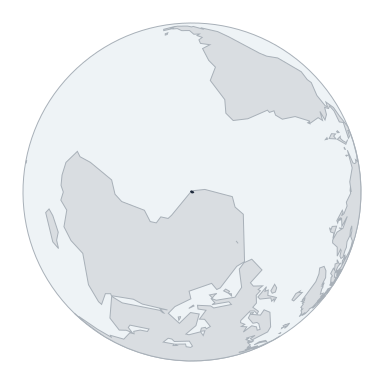 Maryland on an orthographic globe, rotated 140°
{"feature_id": "LBR-781", "entity_name": "Maryland", "entity_type": "County", "adm_level": 1, "iso_a3": "LBR", "parent_name": "Liberia", "parent_adm1": "", "projection": "orthographic", "projection_center": [-7.792, 4.73], "detail": "fine", "context": "on_globe", "style": "filled", "palette": "slate", "viewbox_px": 384, "rotation_deg": 140, "n_neighbors": 0, "source": "natural_earth", "source_scale": "10m", "svg_char_len": 8520}
<svg xmlns="http://www.w3.org/2000/svg" viewBox="0 0 384 384"><g transform="rotate(140 192 192)"><circle cx="192" cy="192" r="169" fill="#eef3f6" stroke="#a8b0b8"/><path d="M128.6,35.4L128.2,35.5L131.5,34.3L127.9,35.9L130.3,35.3L126.8,36.8L131.8,35.0L134.5,33.8L137.6,32.7L139.2,32.4L135.1,34.1L133.6,34.5L133.3,34.9L130.5,36.0L132.8,35.3L127.6,37.8L135.2,34.9L133.1,36.6L129.0,38.4L126.3,38.7L110.0,45.3L105.0,48.1L100.6,51.4L99.0,55.9L94.7,59.3L91.3,63.4L95.0,61.1L99.0,57.1L105.2,54.3L109.4,50.3L112.5,48.8L118.1,45.1L120.6,45.3L119.9,47.8L115.4,51.2L115.0,52.6L122.0,49.5L116.2,56.4L117.0,62.6L115.1,64.8L106.6,68.0L99.7,67.2L88.7,73.5L99.2,69.4L94.3,75.7L95.0,76.9L97.2,76.8L100.3,74.6L99.4,77.0L88.6,81.4L89.3,79.3L92.7,77.7L89.5,77.7L82.2,81.6L80.3,85.0L71.3,89.0L69.9,91.6L67.1,94.3L70.0,89.6L64.6,98.4L53.8,107.5L46.1,124.1L50.0,110.9L49.1,109.2L47.4,109.1L46.0,111.7L45.6,109.4L42.0,114.7L35.8,127.7L32.2,138.1L33.1,139.0L35.6,133.4L37.6,132.6L31.4,148.0L34.1,151.0L31.1,162.9L31.3,169.4L33.8,168.2L36.0,171.6L39.2,164.9L43.8,161.7L42.2,171.5L46.0,162.9L47.6,167.9L57.5,168.7L56.4,170.9L64.5,183.5L76.0,189.7L78.6,197.2L77.0,201.5L81.5,203.2L81.6,206.2L102.1,212.2L114.5,220.3L115.4,230.6L107.5,241.7L106.3,265.7L93.8,272.6L94.6,282.0L91.7,295.1L83.6,293.3L90.0,300.4L88.9,304.1L84.8,303.9L87.6,308.6L84.8,308.3L89.2,311.7L90.1,317.2L96.2,322.3L98.2,326.6L102.3,329.5L101.0,329.3L101.1,330.1L103.0,331.6L96.7,328.5L88.7,321.9L86.3,318.8L84.6,318.0L79.0,309.9L79.1,311.4L69.2,298.3L64.2,287.5L51.1,255.0L47.5,248.1L40.2,239.6L31.0,213.9L31.5,204.1L30.3,199.1L34.3,185.6L34.5,172.3L33.5,170.2L31.6,174.9L29.3,165.8L30.2,155.7L30.6,142.1L34.7,130.3L39.7,118.9L45.5,107.9L52.1,97.3L59.5,87.2L67.6,77.7L76.3,68.8L85.7,60.6L95.7,53.1L106.2,46.4L117.2,40.5L128.6,35.4ZM43.5,129.7L46.8,138.9L42.7,139.3L43.9,137.9L43.5,134.3L42.1,130.7L39.1,132.1L43.5,129.7ZM50.0,120.9L49.2,120.1L50.3,120.2L50.0,120.9ZM116.4,45.3L117.2,45.2L115.7,45.9L116.4,45.3ZM118.0,43.8L115.7,44.8L116.1,44.2L117.5,43.7L118.0,43.8ZM120.7,42.9L117.2,43.2L118.0,42.4L124.1,39.7L120.7,42.9ZM134.6,33.6L131.8,34.9L132.6,34.2L134.6,33.6ZM145.1,29.7L143.6,30.1L139.7,31.4L144.0,30.1L134.4,33.5L132.9,33.7L145.1,29.7ZM138.8,32.3L138.0,32.3L142.3,30.8L144.7,30.4L142.6,31.0L138.8,32.3ZM142.5,31.1L145.9,30.2L145.4,30.7L140.0,32.1L142.5,31.1ZM142.4,30.6L144.5,30.0L144.1,30.2L142.4,30.6ZM145.6,32.6L144.5,32.4L146.6,31.5L145.6,32.6ZM147.2,29.9L147.4,29.7L148.1,29.5L150.2,29.0L147.2,29.9ZM152.7,27.7L154.3,27.3L150.4,28.3L153.3,27.6L154.2,27.4L150.0,28.5L149.2,28.6L150.0,28.4L151.1,28.1L152.7,27.7ZM154.5,27.9L150.5,29.4L152.1,29.8L150.2,30.5L148.0,29.8L154.5,27.9ZM152.2,28.1L153.2,28.1L150.4,28.8L148.0,29.3L152.2,28.1ZM156.8,26.8L157.7,26.6L156.2,26.9L156.8,26.8ZM155.5,27.8L156.4,27.5L155.9,27.7L155.5,27.8ZM157.6,26.7L156.3,26.9L157.4,26.7L157.6,26.7ZM159.4,26.7L158.1,27.2L156.4,27.4L159.4,26.7ZM159.0,26.6L160.9,26.2L156.6,27.3L158.3,26.7L159.0,26.6ZM158.9,26.4L159.2,26.3L159.3,26.4L158.9,26.4ZM166.4,25.8L161.4,27.1L157.7,27.5L163.1,26.1L166.4,25.8ZM109.1,334.8L98.1,329.5L103.4,332.0L102.5,330.0L109.9,333.8L109.1,334.8ZM108.2,329.5L109.8,328.6L111.6,329.4L110.8,330.4L108.2,329.5ZM351.8,137.0L354.4,146.3L358.1,162.3L358.8,169.8L352.6,147.6L347.2,132.8L346.6,134.6L338.8,123.1L330.1,124.1L327.5,120.6L326.2,122.7L320.5,119.6L315.8,113.8L313.0,114.7L325.1,129.9L327.9,129.2L328.2,122.6L331.2,128.3L336.5,133.0L335.9,148.2L320.6,163.7L316.7,151.9L292.6,121.9L292.0,118.4L291.8,118.0L291.3,117.3L291.6,123.1L286.6,117.4L302.1,138.1L305.8,147.5L320.4,164.4L319.7,166.4L323.7,169.8L333.5,164.0L334.1,168.0L330.9,187.5L315.1,215.2L315.9,232.6L312.4,247.7L299.6,258.6L297.7,270.1L290.6,274.7L288.1,281.2L280.7,288.5L269.5,295.7L253.7,296.8L255.1,291.0L250.8,280.1L245.8,252.9L252.4,239.8L252.0,229.9L240.2,208.6L243.0,196.2L239.2,191.3L231.9,193.0L227.3,187.1L222.6,187.3L191.5,193.1L180.5,185.7L164.1,162.5L168.7,152.8L167.0,142.0L196.5,104.9L205.5,106.3L231.9,100.4L235.7,101.4L235.7,109.4L258.0,117.9L261.5,110.9L278.7,115.2L288.1,114.3L286.1,99.5L270.6,100.6L264.9,93.9L274.9,87.1L288.0,87.1L286.1,84.6L275.3,79.4L275.7,74.8L271.3,77.4L275.0,79.8L272.3,81.7L268.7,79.7L269.0,78.0L264.4,77.2L264.2,86.4L268.0,89.8L257.3,92.4L262.6,98.5L260.6,101.7L250.9,92.7L249.9,89.2L234.1,80.5L234.3,84.2L249.1,92.9L245.7,92.4L245.9,98.4L243.0,93.5L226.7,83.8L215.3,87.0L205.3,102.6L197.8,104.4L189.4,102.1L188.5,87.3L205.6,84.9L205.5,80.5L198.2,74.7L204.0,74.8L203.1,72.4L209.2,71.6L214.0,65.5L219.5,64.6L217.8,57.9L220.4,56.7L220.7,60.8L223.9,63.5L237.3,62.2L238.8,60.7L236.6,56.7L240.6,57.2L236.7,53.5L242.7,51.7L232.2,51.1L229.3,47.2L230.9,44.2L228.1,43.0L225.5,48.1L226.1,50.3L229.7,52.3L229.8,59.3L226.0,60.9L218.7,53.7L212.5,55.4L209.6,49.8L218.4,38.2L224.0,36.2L240.8,40.0L241.6,42.1L235.9,41.6L244.5,45.2L242.2,43.4L245.5,44.1L243.6,41.2L245.8,41.6L240.1,38.4L242.7,38.6L246.2,40.6L245.6,37.3L249.9,37.5L248.6,36.7L246.1,35.7L253.2,37.0L252.0,36.4L249.2,35.6L244.9,34.0L240.2,31.8L242.9,32.4L245.0,33.2L253.5,36.2L258.6,38.9L259.3,38.9L255.4,36.8L245.1,33.1L241.4,31.7L246.3,33.1L244.2,32.4L243.3,32.0L244.9,32.1L239.5,30.5L225.3,26.4L237.6,29.3L249.5,33.1L261.2,37.8L272.4,43.4L283.2,49.8L293.5,57.0L303.3,64.9L312.4,73.5L320.9,82.7L328.6,92.6L335.6,103.0L341.9,114.0L347.2,125.3L351.8,137.0ZM189.7,123.0L189.7,126.2L189.7,123.0ZM304.3,95.3L310.5,95.5L303.4,87.0L305.2,86.5L302.1,84.0L302.9,86.4L294.7,79.7L295.9,77.2L292.9,73.8L290.7,73.6L289.9,79.5L301.6,88.8L302.0,92.4L304.3,95.3ZM57.9,168.6L58.9,170.7L57.2,170.5L57.9,168.6ZM41.0,143.1L42.2,143.6L42.5,145.2L41.3,145.5L41.0,143.1ZM54.2,145.3L56.2,146.4L53.7,146.9L54.2,145.3ZM47.6,140.1L52.6,144.8L47.7,147.0L44.7,144.2L47.5,143.8L47.6,140.1ZM47.1,126.2L47.6,127.0L46.6,128.7L47.1,126.2ZM50.7,121.1L50.4,121.1L50.6,119.7L50.7,121.1ZM95.0,75.4L95.8,75.1L97.5,75.6L95.7,76.5L95.0,75.4ZM111.5,72.3L109.6,76.3L109.7,73.8L106.7,75.5L103.2,72.9L114.0,65.8L109.7,69.3L111.5,72.3ZM101.5,68.1L102.5,70.1L101.0,68.2L101.5,68.1ZM192.4,61.8L195.6,62.9L195.1,65.6L188.0,68.2L188.7,64.2L192.4,61.8ZM200.4,64.0L195.1,56.9L199.3,55.4L197.9,57.4L201.2,57.1L199.7,60.2L208.8,66.3L209.0,69.2L195.8,71.6L200.0,69.0L196.6,67.9L200.4,64.0ZM174.4,46.0L172.1,44.2L184.1,43.2L184.8,45.1L177.8,47.4L172.8,46.6L174.4,46.0ZM132.2,38.5L130.5,38.8L131.7,38.2L134.0,37.5L132.2,38.5ZM144.9,32.6L140.4,37.1L138.4,37.5L138.2,40.4L132.7,42.7L133.0,40.6L128.6,44.9L126.6,44.0L124.3,46.9L125.5,42.1L123.5,41.9L127.8,41.2L132.9,39.0L134.6,38.0L137.7,35.1L136.1,34.1L140.9,32.2L144.8,31.2L145.9,31.1L142.4,32.2L146.4,31.4L142.2,33.1L144.9,32.6ZM187.2,26.7L182.6,26.9L190.0,27.7L185.9,28.4L187.0,28.5L185.2,29.5L184.9,31.0L182.6,31.3L183.5,31.8L182.4,32.7L182.8,33.6L178.8,34.6L179.0,35.8L177.0,35.6L178.5,37.6L175.6,36.6L173.8,38.0L177.6,38.2L154.8,43.7L147.5,47.6L143.0,51.7L138.6,50.1L140.0,45.6L144.7,40.5L152.4,37.3L149.0,37.5L151.7,36.1L153.2,36.6L152.5,35.1L155.1,34.2L159.3,31.2L156.5,30.2L158.0,29.3L160.4,29.3L160.1,28.5L165.7,27.9L166.8,27.3L173.4,26.4L177.3,27.0L178.4,26.4L183.4,26.0L187.2,26.7ZM168.3,25.5L174.0,25.5L174.4,26.1L162.8,27.5L160.9,28.0L153.4,29.5L152.9,28.8L155.1,28.4L157.1,27.8L156.5,28.2L158.4,27.6L161.5,27.1L163.9,26.5L165.1,26.6L168.3,25.5ZM238.2,98.3L240.8,98.5L244.5,97.8L244.8,101.9L238.2,98.3ZM227.1,91.8L229.2,91.1L231.3,95.9L228.6,96.0L227.1,91.8ZM228.5,86.9L229.1,90.7L227.2,88.7L228.5,86.9ZM222.5,60.2L224.5,59.5L225.4,60.4L225.1,62.0L222.5,60.2ZM208.2,30.9L205.6,30.5L205.7,30.2L201.5,28.7L204.2,28.3L207.9,29.1L208.2,30.9ZM284.5,102.2L282.9,105.1L280.9,103.9L281.9,103.1L284.5,102.2ZM263.7,103.4L269.3,104.9L263.7,104.5L263.7,103.4ZM210.5,30.3L208.5,29.6L211.1,29.9L210.5,30.3ZM206.0,28.0L208.8,28.1L204.1,28.1L206.0,28.0ZM300.7,320.5L298.9,322.3L298.1,322.7L300.7,320.5ZM330.7,243.3L317.3,270.3L312.4,270.9L313.8,263.4L320.3,247.2L326.7,242.1L330.6,234.5L330.7,243.3ZM358.4,163.8L359.9,173.1L360.0,174.9L358.4,163.8ZM231.0,29.3L233.8,31.4L237.7,33.4L242.7,35.0L236.8,34.0L230.9,30.9L231.0,29.3ZM225.8,26.5L221.4,25.6L222.4,25.8L223.6,26.0L225.8,26.5ZM223.7,26.1L220.0,25.6L217.0,25.1L220.5,25.5L223.7,26.1ZM215.5,27.0L216.1,27.5L214.0,27.3L215.5,27.0Z" fill="#d9dde1" stroke="#a8b0b8" stroke-width="1"/><path d="M192.5,191.7L192.6,191.8L192.6,192.0L192.6,192.7L192.6,192.8L192.6,193.0L192.4,193.1L192.2,193.1L191.9,192.9L191.9,192.7L191.9,192.4L191.9,192.2L191.7,191.9L191.4,191.7L191.2,191.7L191.2,191.3L191.2,191.2L191.3,191.1L191.3,190.9L191.8,191.0L191.8,191.4L191.8,191.5L192.0,191.6L192.3,191.6L192.5,191.7L192.5,191.7Z" fill="#64748b" stroke="#1e293b" stroke-width="1.5"/></g></svg>